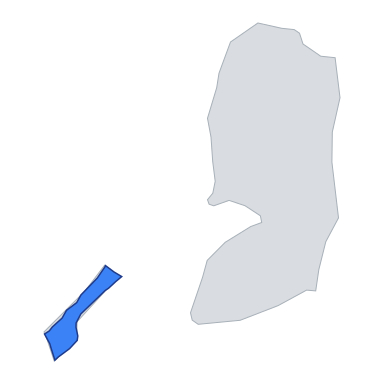 Gaza Strip on a map of Palestine (Albers equal-area conic projection)
{"feature_id": "GAZ+00?", "entity_name": "Gaza Strip", "entity_type": "state/province", "adm_level": 1, "iso_a3": "PSE", "parent_name": "Palestine", "parent_adm1": "", "projection": "albers", "projection_center": [34.369, 31.397], "detail": "fine", "context": "in_parent", "style": "filled", "palette": "blue", "viewbox_px": 384, "rotation_deg": 0, "n_neighbors": 0, "source": "natural_earth", "source_scale": "10m", "svg_char_len": 1071}
<svg xmlns="http://www.w3.org/2000/svg" viewBox="0 0 384 384"><path d="M335.1,57.7L340.0,97.7L332.3,132.1L331.9,162.1L338.5,217.9L325.8,241.7L318.8,269.7L315.7,290.9L306.6,290.1L278.1,305.6L240.1,320.3L198.2,324.3L192.2,320.1L190.5,312.8L202.6,277.2L207.2,260.4L225.2,242.3L250.8,226.5L261.7,222.5L260.4,215.8L245.0,205.7L229.0,200.4L213.8,205.8L209.1,204.2L207.5,199.7L212.8,193.2L215.2,181.3L212.7,161.4L211.0,137.1L207.5,118.3L216.7,87.7L219.0,73.2L230.5,42.0L257.9,23.0L281.7,28.3L294.2,29.6L299.5,33.2L303.0,44.0L320.7,56.2L335.1,57.7ZM104.6,265.2L114.8,276.2L115.1,280.2L77.1,321.7L76.6,339.5L54.2,361.0L47.1,339.6L44.0,331.9L85.1,290.9L104.6,265.2Z" fill="#d9dde1" stroke="#a8b0b8" stroke-width="1"/><path d="M105.5,265.6L113.9,271.9L121.7,276.6L115.7,281.6L108.6,288.2L105.3,290.4L80.8,314.0L76.1,323.0L76.0,327.3L77.8,336.0L77.2,340.4L69.6,348.6L58.4,356.9L54.9,360.2L51.0,348.0L49.8,343.8L44.5,334.0L49.3,330.9L52.4,326.9L62.1,318.1L66.5,310.3L76.7,302.6L81.0,294.9L97.3,278.0L104.9,266.9L105.5,265.6Z" fill="#3b82f6" stroke="#1e3a8a" stroke-width="1.5"/></svg>